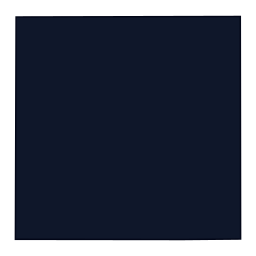 Terry, Texas, United States of America
{"feature_id": "52423323B33800517044511", "entity_name": "Terry", "entity_type": "district", "adm_level": 2, "iso_a3": "USA", "parent_name": "United States of America", "parent_adm1": "Texas", "projection": "albers", "projection_center": [-102.271, 33.174], "detail": "fine", "context": "isolated", "style": "filled", "palette": "ink", "viewbox_px": 256, "rotation_deg": 0, "n_neighbors": 0, "source": "geoboundaries", "source_scale": "gbopen_adm2", "svg_char_len": 199}
<svg xmlns="http://www.w3.org/2000/svg" viewBox="0 0 256 256"><path d="M240.3,16.5L16.1,17.0L15.4,239.3L183.2,239.5L240.6,239.0L240.3,16.5Z" fill="#0f172a" stroke="#020617" stroke-width="1.5"/></svg>